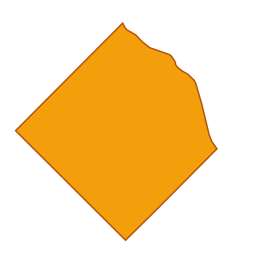 Sheboygan, Wisconsin, United States of America, rotated 315°
{"feature_id": "52423323B63289928917909", "entity_name": "Sheboygan", "entity_type": "district", "adm_level": 2, "iso_a3": "USA", "parent_name": "United States of America", "parent_adm1": "Wisconsin", "projection": "natural_earth1", "projection_center": [-87.8, 43.717], "detail": "fine", "context": "isolated", "style": "filled", "palette": "amber", "viewbox_px": 256, "rotation_deg": 315, "n_neighbors": 0, "source": "geoboundaries", "source_scale": "gbopen_adm2", "svg_char_len": 469}
<svg xmlns="http://www.w3.org/2000/svg" viewBox="0 0 256 256"><g transform="rotate(315 128 128)"><path d="M46.6,50.4L46.9,205.6L89.3,205.9L176.2,205.6L177.7,196.7L180.8,189.8L197.3,162.8L207.2,144.8L208.5,141.2L208.4,132.8L206.5,125.5L205.9,119.7L206.5,116.6L207.6,115.6L208.4,113.5L209.3,108.7L209.4,108.3L209.3,105.7L200.1,86.5L199.0,77.0L199.3,67.7L196.7,58.3L196.7,55.3L198.4,50.1L89.0,50.3L46.6,50.4Z" fill="#f59e0b" stroke="#b45309" stroke-width="1.5"/></g></svg>